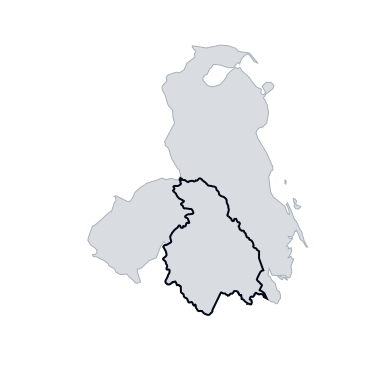 Bolívar on a map of Venezuela (Mercator projection), rotated 68°
{"feature_id": "VEN-39", "entity_name": "Bolívar", "entity_type": "State", "adm_level": 1, "iso_a3": "VEN", "parent_name": "Venezuela", "parent_adm1": "", "projection": "mercator", "projection_center": [-63.762, 6.004], "detail": "fine", "context": "in_parent", "style": "outline", "palette": "ink", "viewbox_px": 384, "rotation_deg": 68, "n_neighbors": 0, "source": "natural_earth", "source_scale": "10m", "svg_char_len": 9731}
<svg xmlns="http://www.w3.org/2000/svg" viewBox="0 0 384 384"><g transform="rotate(68 192 192)"><path d="M323.7,149.9L327.4,154.9L327.1,156.0L324.7,157.2L323.4,160.0L320.5,161.2L316.4,164.5L313.8,164.8L309.7,170.4L311.9,174.8L311.4,177.0L312.4,178.1L317.1,178.2L317.6,179.4L317.0,181.2L316.1,182.3L309.7,185.9L306.6,185.5L305.3,186.6L301.1,187.4L300.0,189.5L301.0,192.4L301.5,197.1L296.2,202.6L309.2,217.4L310.6,218.2L311.9,221.6L311.5,223.6L309.2,226.0L305.9,227.8L304.0,230.8L302.0,231.4L298.4,231.2L296.7,232.9L294.4,233.5L292.9,235.8L281.0,239.6L275.8,238.4L269.8,241.2L268.7,248.1L266.9,249.7L264.6,249.7L257.2,242.7L253.5,243.7L250.9,242.7L243.6,243.0L240.2,239.0L232.5,238.7L229.6,236.0L228.2,236.0L227.6,236.9L230.6,241.3L239.6,249.8L239.6,257.5L243.8,268.2L243.1,271.6L245.5,272.6L256.2,273.4L256.1,277.2L254.7,278.9L252.6,279.2L247.1,282.1L243.8,283.0L241.7,289.2L239.9,291.0L237.9,292.5L234.3,292.6L229.4,296.6L227.6,296.5L223.5,298.5L216.8,304.3L214.5,307.8L212.9,307.9L213.5,304.8L212.7,303.1L211.1,302.2L209.6,302.1L207.8,302.9L202.8,305.9L197.9,306.6L195.4,305.2L186.5,297.2L186.3,294.5L184.2,288.0L179.7,276.1L179.8,273.8L172.6,267.8L171.6,265.7L168.6,264.9L166.8,265.7L167.3,263.7L176.9,255.1L177.7,253.3L174.0,247.7L171.9,246.2L170.7,244.3L168.3,237.6L167.7,232.4L166.9,231.4L167.9,218.8L167.5,216.0L168.2,213.9L170.1,212.5L171.1,210.2L171.3,207.2L172.5,204.7L174.5,202.8L175.2,200.9L174.3,197.7L172.6,196.5L166.8,195.5L165.2,196.5L154.5,198.2L149.2,198.2L145.2,197.4L142.2,197.7L138.6,199.4L136.8,198.4L135.4,198.9L121.4,182.2L116.2,181.8L109.2,179.4L103.7,181.3L101.4,181.5L91.5,180.6L86.1,181.4L83.8,180.6L82.2,179.3L79.8,173.8L76.0,172.9L74.5,170.7L75.0,161.7L76.8,159.3L76.1,155.2L75.6,153.3L70.6,148.4L68.0,138.6L64.7,138.1L63.7,136.0L62.7,135.6L60.1,136.9L57.2,137.4L56.6,136.9L63.8,124.8L66.5,110.5L70.1,103.5L75.0,97.8L79.0,96.2L84.8,86.6L97.5,82.6L94.2,85.5L86.6,87.4L84.8,88.5L85.0,91.7L87.2,96.3L91.1,99.9L89.3,100.3L90.1,103.5L92.0,105.8L92.0,107.2L90.6,111.5L84.8,118.3L81.7,124.3L84.1,127.8L84.4,129.6L88.7,134.0L88.3,135.8L90.2,139.3L93.2,139.8L99.1,137.6L102.2,133.8L102.9,126.5L102.3,123.9L98.7,117.6L96.2,115.2L94.0,109.7L93.0,104.7L94.7,103.5L94.5,100.9L98.6,100.2L107.5,95.9L113.0,94.8L119.3,92.6L122.0,89.6L123.0,89.4L126.2,91.1L127.9,90.5L128.5,89.1L127.6,86.5L120.1,87.4L118.2,82.1L119.9,77.7L123.9,76.1L126.7,78.6L128.7,86.4L131.3,90.4L139.3,89.6L147.4,91.4L156.0,96.9L158.5,102.6L157.5,104.1L158.0,106.5L159.3,109.0L161.2,110.5L166.5,110.9L184.2,108.1L199.0,107.7L201.9,108.8L202.2,110.9L207.0,115.3L221.4,119.1L227.0,118.5L240.2,111.2L247.3,111.4L249.4,110.3L246.8,109.2L240.8,108.7L239.1,109.5L238.0,107.6L246.5,107.0L254.1,107.4L260.2,106.1L265.1,106.1L270.0,105.3L279.2,106.3L286.4,105.5L285.6,106.7L279.4,107.6L276.4,109.4L270.1,109.1L265.7,109.7L267.2,110.2L267.2,112.0L268.4,112.4L270.3,114.6L270.8,116.5L269.2,119.4L271.0,119.1L272.0,118.2L272.0,116.1L273.0,116.5L277.6,124.9L279.6,122.9L281.0,124.1L280.9,121.0L282.5,121.0L285.9,123.2L289.3,128.0L288.7,124.3L291.5,124.3L292.2,122.7L297.8,128.0L303.8,129.5L308.2,133.5L307.2,135.5L304.6,136.5L303.6,137.7L301.6,144.0L299.1,148.9L291.7,149.0L297.9,152.8L300.2,151.2L303.3,151.1L308.0,149.1L314.4,150.0L317.2,148.3L320.7,148.6L323.7,149.9ZM247.0,97.5L247.7,100.2L245.7,102.5L242.9,102.5L240.8,101.0L239.6,101.4L236.0,100.6L237.0,99.1L239.7,98.4L241.7,100.1L243.4,100.1L243.9,98.8L246.1,96.8L247.0,97.5ZM306.8,141.8L302.8,143.9L302.6,141.9L305.7,139.4L307.0,140.9L306.8,141.8ZM219.7,102.1L218.7,102.5L215.7,101.4L216.3,100.7L217.9,100.7L219.7,102.1ZM307.6,138.0L305.2,138.7L305.9,137.2L308.4,136.4L309.3,136.7L307.6,138.0Z" fill="#d9dde1" stroke="#a8b0b8" stroke-width="1"/><path d="M318.7,162.6L317.2,163.8L317.0,164.2L316.5,164.6L315.7,164.7L314.0,164.7L313.5,164.8L313.2,165.1L312.8,165.8L312.3,166.6L312.3,167.3L312.0,167.9L312.1,168.2L312.0,168.4L311.8,168.6L311.5,168.5L311.4,168.6L310.6,169.8L309.7,170.1L309.4,170.6L309.6,171.2L310.0,172.1L310.6,172.2L310.8,172.4L310.9,172.6L310.9,173.0L311.0,173.2L311.5,173.5L312.0,174.6L312.0,175.0L311.4,175.6L311.2,176.2L311.2,176.8L311.5,177.4L313.1,178.7L313.3,178.7L313.8,177.9L314.1,177.6L314.5,177.4L315.0,177.4L315.7,177.8L316.6,177.8L318.0,178.8L318.2,179.1L318.2,179.5L318.0,180.1L317.8,180.4L316.8,181.1L316.7,181.5L316.5,182.5L316.2,182.3L315.6,182.4L313.1,184.0L311.2,184.5L310.9,184.8L310.0,185.9L309.6,186.1L309.3,186.0L308.6,185.5L308.2,185.4L307.3,185.5L307.0,185.5L306.6,185.1L305.9,185.0L305.8,185.3L306.0,185.5L306.0,185.9L305.4,186.6L304.9,186.7L304.0,186.6L303.7,186.9L302.8,186.7L302.6,187.0L301.8,186.9L301.4,187.0L300.6,187.9L300.2,188.6L299.9,189.4L299.8,190.1L299.8,190.5L300.6,191.1L301.0,192.0L301.2,192.5L301.3,192.8L300.9,193.5L300.8,194.5L301.1,195.4L301.4,195.7L301.7,196.1L301.6,197.6L300.8,197.7L300.6,197.9L300.1,198.7L299.9,198.8L298.9,199.1L298.6,199.2L298.2,200.1L297.3,201.6L296.3,202.2L296.1,202.5L296.4,203.3L309.2,217.4L309.8,217.5L310.3,217.7L310.7,218.1L312.1,221.5L312.2,222.5L311.8,223.5L310.4,225.1L309.7,225.8L308.8,226.4L306.8,227.2L306.1,227.3L306.0,227.5L305.4,228.8L305.1,230.0L304.5,230.8L303.8,231.1L302.1,231.4L300.7,231.7L299.3,231.2L298.1,231.0L297.7,231.1L297.6,231.3L298.1,232.1L298.2,232.6L297.9,232.9L297.4,233.0L296.4,233.2L294.9,233.1L294.0,233.5L293.7,234.0L293.6,235.6L293.5,235.8L293.2,236.3L292.7,236.6L292.0,236.4L291.2,236.7L290.4,236.5L289.3,236.5L288.4,236.9L287.4,238.0L286.7,238.4L285.9,238.6L285.4,238.6L284.2,238.2L283.3,238.3L281.8,239.4L280.9,239.7L280.2,239.6L276.3,238.1L275.5,237.9L274.8,238.0L274.6,238.5L274.3,238.8L273.3,239.0L273.1,239.3L273.0,240.0L272.8,240.8L272.2,240.9L270.6,240.7L269.1,240.9L268.7,241.1L268.6,241.4L268.7,242.3L268.2,243.6L268.3,244.1L268.6,244.6L268.7,245.1L269.0,245.9L269.2,246.7L269.2,247.6L269.0,248.4L268.3,249.5L268.1,249.6L267.6,249.6L266.6,250.3L266.2,250.4L265.4,250.3L265.0,250.2L264.1,249.6L263.5,248.8L261.4,246.3L260.1,245.4L259.0,243.8L258.3,243.1L257.0,242.4L256.2,242.1L255.5,242.2L255.0,242.8L254.9,243.5L254.6,244.2L253.8,244.5L252.9,244.0L251.6,242.8L250.6,242.6L249.1,242.9L248.6,243.0L247.4,242.6L246.5,242.6L245.7,243.0L244.1,243.9L243.2,243.9L242.7,243.3L242.4,242.5L242.1,241.1L241.5,239.8L241.1,239.3L240.5,239.1L239.2,238.7L236.7,238.5L232.2,239.2L231.8,239.0L231.0,237.4L231.4,235.8L231.5,234.9L231.3,234.2L231.0,231.6L230.8,230.7L230.6,230.3L230.4,230.0L230.0,229.8L229.2,229.6L227.4,229.5L225.2,229.0L222.3,225.5L221.7,224.3L221.0,223.2L220.3,221.5L219.5,218.6L218.7,217.6L218.3,216.9L218.2,216.5L218.5,215.9L219.0,215.7L220.3,215.7L220.8,215.6L221.3,215.1L221.6,214.3L221.6,213.9L220.5,213.0L220.3,212.8L220.4,212.5L221.1,212.0L221.3,211.4L221.3,210.9L221.1,210.7L219.2,209.2L218.9,208.8L218.7,208.2L218.7,207.8L219.5,207.0L219.6,206.5L219.5,206.2L219.3,206.0L218.7,205.9L215.2,205.9L214.5,206.1L213.9,206.8L213.2,207.4L213.0,207.6L212.3,207.6L212.0,207.4L211.8,207.1L211.3,205.6L211.2,204.3L211.4,203.3L211.8,202.5L212.4,199.7L212.3,199.2L212.2,198.9L211.7,198.5L211.3,198.4L208.8,198.5L208.3,198.6L207.4,199.2L206.8,200.6L204.6,204.3L204.4,205.2L204.1,205.5L203.4,205.8L201.5,205.7L201.2,205.8L200.1,206.6L199.4,206.8L199.1,206.7L198.9,206.6L198.5,205.8L198.0,203.6L197.6,203.1L197.4,202.9L197.2,202.9L194.6,205.0L193.3,206.3L192.9,206.5L190.1,207.4L187.6,207.5L186.3,208.0L184.5,208.9L184.0,209.0L183.5,209.0L183.3,208.8L182.9,207.5L182.4,207.1L182.1,207.0L181.6,207.1L180.5,207.3L180.1,207.2L179.9,206.9L179.8,206.5L179.9,205.8L181.0,203.2L181.1,202.7L181.0,201.2L180.7,199.9L180.4,199.4L180.1,199.1L178.8,199.2L178.2,199.0L177.6,198.5L177.3,198.4L176.7,198.9L176.3,199.0L175.9,198.7L175.5,197.9L174.8,197.5L175.3,197.1L175.7,196.5L176.0,196.4L176.9,196.5L177.2,196.3L177.5,195.9L178.3,194.1L179.1,193.7L179.7,193.2L180.6,192.7L181.2,192.1L181.4,191.8L181.0,190.7L181.4,188.5L181.9,187.2L182.2,186.8L183.0,186.2L183.1,185.6L183.1,184.8L183.0,184.4L182.7,184.2L183.3,183.0L183.2,182.5L182.7,181.6L182.3,180.8L182.2,179.9L182.5,179.3L184.1,178.1L184.9,178.0L185.4,177.8L186.1,177.2L187.0,176.9L188.1,176.0L188.5,175.8L189.5,175.7L190.1,175.2L190.5,175.0L191.3,174.9L191.7,174.7L192.1,174.4L193.3,172.6L193.6,171.8L194.3,171.1L195.4,169.2L196.6,168.3L197.1,168.1L197.6,168.2L199.3,168.4L199.7,168.3L200.5,167.8L201.4,167.4L202.3,167.4L204.3,167.7L204.8,167.7L205.2,167.5L207.3,166.0L208.2,164.6L208.6,164.3L211.0,163.1L212.0,162.9L213.1,163.1L214.5,163.7L215.1,163.8L217.9,163.6L218.4,163.6L220.1,164.2L221.3,164.3L221.9,164.4L223.0,165.0L224.1,165.7L225.3,166.8L225.8,167.0L226.5,167.8L226.8,167.9L227.2,167.9L227.6,167.8L228.8,167.0L229.9,166.6L231.3,165.7L231.6,165.6L233.0,165.8L233.5,165.6L234.1,165.3L234.4,164.8L234.4,164.2L234.0,163.8L233.1,163.1L232.9,162.6L233.3,161.4L233.5,161.1L233.9,161.1L235.0,161.2L237.0,160.9L237.2,160.7L237.4,160.5L237.7,159.7L238.3,159.4L239.0,159.4L239.4,159.6L240.7,160.8L241.1,161.1L241.2,161.6L241.5,161.7L241.8,161.7L242.7,161.4L244.0,161.7L244.6,161.7L244.9,161.5L245.3,161.0L246.3,160.7L246.5,160.5L247.2,158.8L247.4,158.6L247.8,158.4L248.8,158.6L249.4,158.4L250.3,157.9L250.7,157.8L251.7,158.1L253.1,158.0L254.2,158.1L254.5,158.0L255.1,157.6L255.7,156.7L256.0,156.6L256.4,156.5L257.4,156.7L257.8,156.5L258.6,155.6L259.0,155.3L259.5,155.0L260.5,154.7L261.5,154.6L262.5,154.6L264.5,154.8L264.8,155.3L265.3,155.6L265.9,155.7L266.4,155.5L267.3,154.9L267.9,154.1L268.6,153.5L268.9,153.4L269.6,153.5L270.1,153.4L272.1,152.0L277.8,154.4L279.1,154.7L291.3,155.2L291.2,156.8L291.3,157.3L291.8,158.7L296.1,163.5L296.9,164.2L297.6,164.7L299.2,164.3L299.8,164.0L300.4,163.6L300.8,163.5L301.4,163.1L302.2,163.1L302.7,162.9L303.6,162.2L304.6,162.1L304.9,162.2L308.1,166.0L308.3,166.1L308.7,165.9L309.9,164.7L312.0,163.3L312.6,163.1L313.1,162.8L318.7,162.6Z" fill="none" stroke="#020617" stroke-width="2"/></g></svg>